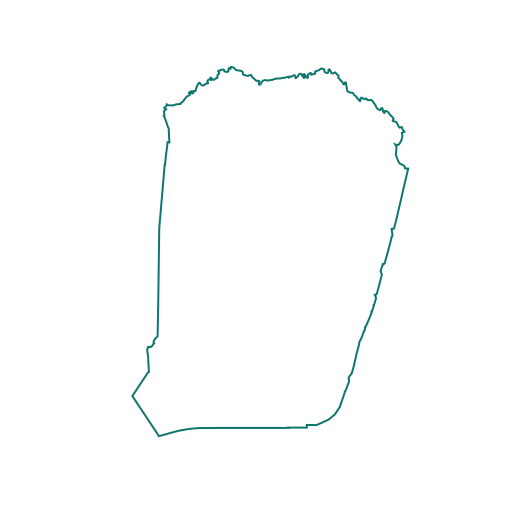 the district of Waalre, Noord-Brabant, Netherlands, rotated 105°
{"feature_id": "6326949B57624243850384", "entity_name": "Waalre", "entity_type": "district", "adm_level": 2, "iso_a3": "NLD", "parent_name": "Netherlands", "parent_adm1": "Noord-Brabant", "projection": "orthographic", "projection_center": [5.434, 51.386], "detail": "fine", "context": "isolated", "style": "outline", "palette": "teal", "viewbox_px": 512, "rotation_deg": 105, "n_neighbors": 0, "source": "geoboundaries", "source_scale": "gbopen_adm2", "svg_char_len": 5740}
<svg xmlns="http://www.w3.org/2000/svg" viewBox="0 0 512 512"><g transform="rotate(105 256 256)"><path d="M96.8,145.8L96.0,147.0L95.2,147.6L93.9,148.3L93.8,148.6L93.8,149.0L94.8,150.4L94.8,150.6L94.3,151.4L93.3,152.4L90.7,154.6L90.1,156.6L90.3,158.4L90.1,158.7L89.6,159.1L89.3,159.1L88.3,158.7L87.6,158.7L87.3,158.9L86.4,160.3L85.2,162.6L83.3,165.1L82.6,165.9L82.4,166.9L82.4,167.8L82.4,168.7L82.5,168.9L82.8,169.0L84.4,168.9L84.6,169.1L84.6,169.3L84.2,170.0L83.3,170.9L81.4,171.6L80.6,172.1L80.5,172.4L80.6,172.7L80.7,173.1L81.0,173.3L82.8,173.7L83.1,174.1L82.5,176.4L82.0,177.4L81.3,178.2L79.4,179.6L75.6,184.4L75.5,184.7L75.5,185.0L76.3,187.3L76.5,188.4L76.4,188.8L75.8,189.6L75.4,190.2L75.5,190.7L76.0,191.3L76.4,192.3L76.3,193.1L75.9,193.9L75.7,194.5L75.8,195.2L76.1,195.7L76.6,195.8L77.6,195.7L79.0,195.4L79.4,195.6L79.4,196.0L77.8,198.5L77.0,199.6L76.2,200.2L75.9,200.6L75.6,201.4L75.4,202.1L75.1,202.7L74.0,203.9L73.7,204.2L73.4,204.9L73.5,206.0L73.8,207.5L73.5,209.6L73.0,210.4L71.8,211.1L65.6,213.9L65.1,214.3L65.2,214.7L65.5,215.0L67.2,215.2L67.5,215.7L67.3,216.3L67.1,216.4L65.7,217.5L65.0,218.7L64.6,219.7L64.3,220.2L63.9,220.3L63.6,220.6L63.0,222.0L62.6,222.7L62.2,222.8L61.1,222.8L60.6,222.9L60.2,223.6L59.1,225.6L58.2,227.0L58.3,227.3L58.5,227.5L59.9,229.3L60.0,229.6L60.0,230.0L59.8,230.4L58.8,231.2L57.6,232.3L57.0,233.0L56.8,233.6L57.1,234.0L59.6,233.8L60.4,234.0L60.6,234.3L60.9,234.9L60.9,235.5L60.9,236.1L60.7,236.8L60.4,237.3L60.2,237.5L58.4,238.3L58.2,238.5L57.9,238.8L57.9,239.2L58.0,241.1L58.2,241.7L60.2,243.2L60.7,243.9L61.5,245.3L62.1,246.1L62.4,246.4L62.8,246.6L63.4,246.6L63.6,246.5L64.2,246.0L64.7,246.1L65.3,247.4L66.5,249.3L66.5,249.9L65.1,250.5L65.4,251.1L66.1,251.8L67.2,252.6L67.6,252.7L68.3,252.6L70.0,252.1L70.4,252.2L70.7,252.5L70.4,253.1L69.6,254.2L68.3,255.6L67.9,256.5L68.0,256.8L68.2,257.3L68.8,257.5L69.1,257.3L69.6,256.4L70.3,255.7L70.8,255.4L71.1,255.4L71.4,255.5L71.6,255.7L71.2,256.4L68.4,259.8L68.4,260.2L68.5,260.5L69.3,261.3L69.9,261.8L70.6,261.8L71.2,261.8L71.4,261.8L72.4,262.7L73.8,263.4L73.9,263.5L73.7,263.8L73.5,264.1L71.6,265.1L71.5,265.5L71.5,265.9L72.1,266.8L72.5,267.2L73.2,267.9L73.9,269.1L74.4,269.7L75.0,270.2L74.3,270.7L76.1,274.0L76.7,275.1L76.8,275.8L78.2,278.5L78.9,280.9L79.5,282.4L80.4,284.2L81.3,285.3L81.6,285.8L82.2,287.3L83.2,289.4L83.5,290.4L83.7,292.3L83.9,293.3L84.7,294.4L85.3,294.9L86.5,295.5L88.1,295.8L88.8,296.0L89.3,296.4L89.6,296.8L89.6,297.2L89.5,297.4L89.2,297.7L88.7,298.0L88.0,298.0L86.6,297.9L86.3,298.1L86.2,298.6L86.2,299.4L86.7,300.6L86.6,301.2L85.1,304.1L84.3,305.7L83.6,306.7L82.7,307.2L82.5,307.7L82.5,308.1L82.8,308.6L83.1,309.1L83.9,310.0L84.3,311.1L84.2,314.3L84.0,315.4L83.6,315.8L82.3,316.1L81.7,316.6L81.5,316.9L81.2,317.6L81.1,318.4L81.2,320.1L81.6,322.9L81.4,323.6L81.2,324.3L80.1,325.6L79.9,325.9L79.8,326.5L79.8,329.1L80.1,329.2L81.7,329.1L81.5,330.5L81.6,330.8L82.0,331.0L84.3,330.5L85.0,330.7L85.8,331.6L85.8,334.2L85.8,334.3L84.6,335.1L84.4,335.5L84.5,336.5L84.9,337.2L86.4,339.4L86.8,340.2L87.2,340.4L87.5,340.3L88.2,339.1L88.4,339.0L89.5,339.0L91.0,339.9L91.5,340.0L93.3,339.6L94.1,339.5L95.1,341.2L96.0,341.6L96.3,341.8L96.5,342.0L96.7,342.5L96.8,342.9L96.7,343.2L96.2,344.3L95.4,345.7L95.4,345.9L95.5,346.1L95.9,346.1L97.0,345.1L97.5,344.9L97.6,345.2L97.3,345.9L97.1,346.6L98.9,348.0L99.7,348.2L100.1,348.1L101.5,347.0L101.8,347.2L102.2,348.4L102.6,349.0L103.2,349.6L104.5,350.3L104.8,350.7L105.1,351.3L105.0,352.1L104.6,353.6L104.4,353.9L103.6,354.9L103.4,355.2L103.4,355.5L103.6,355.8L104.2,356.2L105.3,356.6L107.7,357.0L109.7,357.2L110.3,357.3L111.5,357.0L112.0,357.0L112.4,357.2L112.6,357.6L112.7,357.8L112.8,358.8L112.9,359.2L113.2,359.2L114.5,358.8L115.0,358.9L115.3,359.2L115.5,359.7L115.5,360.5L115.4,360.8L114.9,361.0L114.3,360.8L113.8,360.8L113.6,361.1L113.6,361.3L115.5,363.0L115.8,363.0L116.3,362.0L116.6,361.7L117.3,361.7L117.6,361.8L118.7,362.8L119.7,364.0L121.3,364.8L123.2,365.7L125.3,366.3L127.7,368.0L128.2,368.7L128.5,368.7L128.8,368.5L129.3,369.7L130.2,372.4L131.8,374.6L132.4,376.7L133.1,379.7L133.1,380.2L132.7,381.4L133.6,381.4L135.0,381.8L135.3,382.1L136.1,382.3L136.6,382.9L137.3,381.6L137.5,380.8L140.0,382.4L144.2,380.7L144.5,381.3L147.9,378.6L153.9,374.6L155.2,373.4L168.7,369.1L168.9,370.8L182.3,369.0L191.5,367.5L191.6,367.8L254.4,356.6L327.4,338.1L358.9,330.3L359.7,330.6L360.6,331.1L361.4,331.8L361.9,331.9L362.7,332.3L363.5,332.5L365.2,332.7L365.9,332.6L366.5,331.8L366.7,331.7L367.0,331.8L367.6,332.4L368.2,332.7L369.3,332.8L370.9,333.8L371.2,334.4L371.7,336.6L372.5,336.4L372.7,336.6L372.8,336.8L375.0,336.8L380.5,334.4L395.8,329.4L396.4,330.2L423.3,339.2L453.0,305.5L455.2,303.2L446.7,288.8L444.0,283.8L441.6,278.6L440.4,276.0L438.4,270.6L437.4,267.9L436.6,265.2L435.0,259.6L413.7,180.2L413.4,180.4L408.6,162.5L406.1,163.2L403.6,153.7L395.2,143.5L388.4,138.7L380.2,136.0L364.1,134.9L363.9,135.1L363.4,134.7L353.1,133.6L349.9,134.9L348.4,134.8L344.9,133.2L339.1,133.0L324.6,133.5L318.8,133.6L316.0,133.5L313.1,133.7L312.8,134.0L311.9,133.8L308.8,133.1L307.6,132.9L300.0,132.2L299.7,131.8L296.2,132.2L296.1,131.8L287.3,130.4L281.3,129.8L281.2,129.6L279.4,130.1L279.3,129.6L274.6,129.4L273.0,129.7L272.9,129.3L265.5,129.1L262.7,131.2L261.8,129.5L249.3,129.5L241.4,129.6L238.3,131.8L231.0,131.4L231.3,130.8L229.7,129.8L209.3,129.7L202.1,129.9L201.9,129.5L200.7,129.5L194.8,132.0L193.8,129.8L181.5,130.0L159.6,130.7L159.5,130.8L132.2,131.6L132.8,134.7L132.3,135.0L132.1,135.0L131.4,135.6L130.7,136.0L130.3,137.2L129.5,140.7L129.3,141.4L128.5,142.3L125.6,144.7L121.9,147.1L120.8,147.4L118.5,147.7L114.0,148.6L113.8,148.7L112.2,150.4L112.3,149.2L112.3,148.7L112.1,148.2L111.2,146.7L106.9,145.5L102.3,145.6L99.3,147.0L97.6,144.8L96.8,145.8Z" fill="none" stroke="#0f766e" stroke-width="2"/></g></svg>